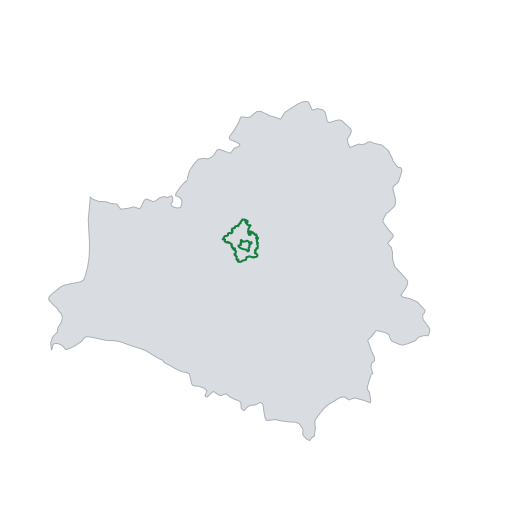 Minsk, Minsk, Belarus (highlighted), rotated 16°
{"feature_id": "67162791B84471344127718", "entity_name": "Minsk", "entity_type": "district", "adm_level": 2, "iso_a3": "BLR", "parent_name": "Belarus", "parent_adm1": "Minsk", "projection": "mercator", "projection_center": [27.512, 53.937], "detail": "fine", "context": "in_parent", "style": "outline", "palette": "green", "viewbox_px": 512, "rotation_deg": 16, "n_neighbors": 0, "source": "geoboundaries", "source_scale": "gbopen_adm2", "svg_char_len": 9443}
<svg xmlns="http://www.w3.org/2000/svg" viewBox="0 0 512 512"><g transform="rotate(16 256 256)"><path d="M406.5,365.5L399.0,365.0L390.0,365.2L385.0,368.7L379.5,367.0L375.6,369.0L366.8,378.6L363.3,383.8L360.0,391.8L358.0,397.7L359.1,401.8L360.7,405.6L361.1,409.7L361.9,412.9L359.7,415.2L358.5,418.6L354.7,418.0L350.1,414.8L349.2,410.1L345.7,406.8L343.3,405.2L339.5,404.9L333.4,406.4L325.4,407.6L319.4,407.9L316.1,409.5L311.3,411.2L309.4,409.2L306.7,403.9L304.5,398.6L303.0,396.3L301.7,395.7L300.0,395.8L298.2,397.5L296.8,399.2L291.7,401.2L289.5,403.1L287.1,408.0L285.4,407.6L283.8,406.5L281.8,401.1L279.2,399.8L275.0,399.7L269.7,398.6L265.5,396.9L263.9,397.3L261.4,399.6L258.7,400.0L252.7,397.9L251.5,398.9L248.1,404.9L246.4,405.1L245.5,404.4L246.0,399.2L242.6,397.3L236.7,397.0L232.6,397.8L230.5,397.6L229.5,396.6L224.5,387.8L221.8,387.2L217.0,387.6L210.0,386.6L201.8,384.6L197.4,383.9L195.0,381.9L190.0,381.2L176.6,377.5L171.1,376.8L163.0,376.8L150.6,375.9L142.7,376.4L139.1,377.6L134.9,378.4L120.2,379.4L115.0,380.4L113.5,382.3L111.8,386.3L105.7,393.3L99.9,398.0L98.8,398.4L95.4,395.9L92.5,395.1L89.2,394.8L86.8,395.6L85.3,396.8L85.5,402.1L85.2,402.6L82.6,396.2L82.8,390.4L84.3,387.1L86.0,384.1L85.3,379.6L87.0,373.7L87.1,369.4L86.3,367.5L84.9,365.3L81.1,363.0L79.4,361.1L74.2,358.6L69.1,355.5L68.3,353.6L68.5,352.2L69.4,350.3L73.3,344.4L77.5,338.7L80.3,336.5L94.6,329.1L96.9,326.6L97.4,322.3L97.2,313.5L96.3,305.5L95.2,299.9L92.4,289.5L84.9,267.8L80.5,245.1L83.4,246.4L90.3,246.9L95.7,245.4L98.6,245.1L101.1,245.6L108.3,244.4L110.1,246.4L113.3,248.2L119.6,245.6L125.2,242.4L131.0,242.8L131.8,241.2L133.3,233.1L135.0,231.3L141.9,232.1L144.5,230.7L147.2,226.7L151.3,224.2L154.7,224.2L158.3,221.4L160.0,223.2L160.9,226.6L159.7,229.3L160.2,230.3L162.7,231.7L166.9,231.6L169.6,230.5L170.3,229.0L170.2,226.2L169.6,223.6L167.8,221.4L164.4,220.2L162.1,220.2L161.7,218.7L162.5,215.7L164.5,210.0L167.1,204.9L168.7,203.0L168.9,201.2L168.6,198.1L168.6,192.5L170.9,184.7L174.0,178.8L178.1,176.9L183.2,175.8L186.4,173.0L188.0,169.8L189.4,164.7L191.0,163.6L203.2,164.3L205.0,159.2L206.1,157.8L208.4,156.2L210.0,154.4L209.4,153.0L206.3,152.1L199.0,151.3L197.5,149.6L198.0,147.6L199.9,142.3L201.8,135.5L202.8,130.2L202.9,127.0L203.9,126.2L209.9,125.2L211.9,124.1L217.0,116.9L220.9,115.6L231.1,117.5L235.7,117.3L241.6,117.8L242.1,117.1L244.2,109.9L254.2,98.3L259.5,94.3L262.9,93.4L264.1,93.6L269.5,99.8L270.7,100.0L274.3,97.4L280.5,97.2L283.3,99.4L287.4,106.8L289.6,107.7L295.6,103.6L298.9,102.2L301.1,102.2L312.4,108.0L313.2,109.9L313.3,112.1L311.6,118.9L313.9,123.0L316.6,125.8L322.4,121.2L324.6,119.9L326.9,119.8L330.1,118.1L332.4,115.5L334.5,114.6L338.7,115.2L346.2,114.6L355.0,118.7L355.7,119.9L360.1,124.7L361.6,127.1L363.1,127.9L365.4,130.2L368.5,131.7L370.7,131.2L371.8,132.0L372.7,133.8L372.8,136.9L372.5,145.8L369.3,150.5L368.9,152.1L369.1,154.0L371.6,157.9L374.8,163.8L375.5,167.2L375.5,169.8L371.1,177.3L369.7,179.1L368.7,182.8L368.2,186.5L368.5,188.1L375.8,194.0L381.2,197.3L382.4,198.8L382.5,199.8L379.6,206.2L379.3,207.9L383.7,210.5L386.1,214.7L388.2,221.4L392.3,227.9L407.6,237.3L408.9,239.0L409.4,241.0L408.9,245.4L406.1,253.7L408.7,255.0L415.5,254.6L423.7,255.7L433.5,261.6L433.5,264.2L432.5,266.6L433.2,269.1L434.3,271.2L442.8,277.8L443.6,279.7L443.7,282.8L443.5,285.2L441.1,285.7L438.5,286.7L434.3,289.5L432.6,293.4L425.6,298.8L421.4,301.3L418.0,301.4L409.9,300.3L407.0,297.6L405.8,295.2L402.7,294.1L398.6,294.0L392.8,294.4L391.7,295.1L390.7,298.2L388.3,303.3L386.6,306.2L393.8,316.3L397.5,320.4L398.6,323.0L398.6,324.8L396.8,326.9L397.1,331.2L400.6,336.8L399.5,337.7L399.1,344.6L399.1,351.9L400.1,353.7L402.0,355.1L403.6,357.8L406.3,363.9L406.5,365.5Z" fill="#d9dde1" stroke="#a8b0b8" stroke-width="1"/><path d="M238.0,264.2L238.1,264.5L238.3,264.6L239.0,264.6L239.7,264.3L240.1,264.4L240.2,264.6L240.2,264.8L239.6,265.0L239.4,265.2L239.4,265.4L239.5,265.6L239.8,265.7L240.0,265.9L240.2,266.0L240.3,266.3L241.3,266.3L241.7,266.2L242.7,265.8L243.3,265.6L243.6,265.4L243.7,265.1L243.8,264.8L244.0,264.4L245.6,263.4L246.1,263.2L246.5,263.1L246.8,262.9L247.1,262.7L247.4,262.2L247.4,261.1L247.2,260.6L247.1,260.3L247.2,259.8L247.5,259.5L247.8,259.3L248.6,259.1L249.3,258.4L249.5,258.2L249.9,258.1L250.8,258.1L251.4,258.2L251.9,258.3L252.5,258.1L252.8,258.0L253.3,258.2L253.6,258.2L253.9,258.2L254.3,258.1L254.4,257.7L254.5,257.5L254.9,257.3L255.8,257.1L256.2,256.9L256.6,256.7L256.9,256.3L257.1,255.9L257.3,255.3L257.3,255.0L257.2,254.8L256.9,254.5L256.0,253.8L255.7,253.7L254.6,253.7L254.2,253.6L254.1,253.4L254.0,253.1L254.1,252.9L254.4,252.3L254.4,252.0L254.2,251.8L253.7,251.4L253.5,251.1L253.5,250.7L254.3,250.1L254.4,249.9L254.5,249.6L254.4,249.4L254.2,249.1L254.2,248.9L254.2,248.5L254.7,248.2L255.3,248.1L255.5,247.8L255.1,246.9L255.0,245.9L254.7,245.1L254.4,244.8L253.8,244.4L253.7,244.0L254.2,243.4L254.2,243.1L254.2,242.8L254.0,242.7L253.3,242.6L253.0,242.3L252.9,242.1L252.9,241.8L252.9,241.5L252.5,241.0L252.4,240.7L252.6,240.5L252.7,240.2L252.6,239.6L252.7,239.4L253.1,238.7L253.1,238.2L252.8,238.1L252.6,238.1L252.1,238.5L251.6,238.9L251.4,239.0L251.2,238.8L251.1,238.5L251.1,238.3L251.2,237.9L251.4,237.9L251.6,237.6L251.7,237.4L251.7,237.1L251.6,236.8L250.8,236.3L250.5,236.0L250.3,235.7L250.3,235.3L250.1,235.3L249.7,235.8L249.5,236.0L249.2,236.0L249.0,235.8L248.8,235.5L248.5,235.2L248.3,235.1L247.6,235.2L247.3,235.2L247.2,235.1L247.1,234.7L247.1,234.3L246.9,234.2L246.5,234.1L246.3,234.1L246.0,234.2L245.8,234.5L245.6,234.7L245.4,234.7L245.2,234.6L245.2,234.3L244.7,234.0L244.6,233.9L244.4,233.8L244.2,233.9L243.7,233.9L243.4,234.0L243.2,234.4L243.3,234.9L243.5,235.1L243.8,235.3L244.1,235.3L244.6,235.2L244.9,235.3L244.8,235.5L244.9,236.2L244.9,236.5L244.8,236.8L244.8,237.1L244.5,237.3L244.1,237.6L243.6,237.6L243.3,237.5L243.0,237.0L242.8,236.6L242.6,236.4L242.5,236.2L242.2,236.1L242.1,235.9L241.9,235.3L241.7,234.8L241.5,234.4L241.5,234.1L241.5,233.7L241.4,233.3L241.4,232.9L241.3,232.4L241.2,231.9L241.3,231.6L241.4,231.4L241.6,231.1L241.6,230.1L241.6,229.9L241.9,229.7L241.9,229.3L241.8,229.0L242.0,228.7L242.3,228.2L242.0,228.0L241.7,228.0L240.8,228.5L240.0,228.5L239.8,228.5L239.6,228.4L239.4,228.2L239.1,228.0L238.6,228.0L238.3,227.8L238.3,227.7L238.2,227.3L237.7,227.2L237.4,227.1L237.4,226.9L237.5,226.7L238.2,226.2L238.5,226.0L238.4,225.7L238.0,225.4L238.0,225.2L238.1,224.9L238.2,224.7L237.8,224.5L237.5,224.6L237.4,225.0L237.3,225.3L237.1,225.6L236.9,225.9L236.6,226.1L236.4,226.1L236.4,225.6L236.6,225.4L236.7,224.9L236.7,224.6L236.7,224.4L236.4,224.2L236.0,224.2L235.2,224.5L234.9,224.4L234.7,224.1L234.2,224.3L233.8,224.6L233.6,224.7L232.8,224.7L232.8,225.1L232.8,225.8L232.6,226.1L232.3,226.2L232.1,226.6L232.1,227.1L232.0,227.4L231.9,227.6L231.7,227.7L231.7,227.9L231.9,228.2L232.1,228.5L232.1,228.8L231.9,229.0L231.2,229.5L231.0,230.0L230.9,230.3L230.5,230.6L230.6,231.2L230.7,231.5L230.9,231.6L230.9,231.9L230.8,232.1L230.6,232.3L229.5,232.4L228.8,232.7L228.2,232.9L227.9,233.2L227.8,233.5L227.8,234.2L228.0,234.5L227.9,235.0L227.5,235.2L226.7,235.4L226.3,235.7L226.2,236.0L226.0,236.4L225.5,236.5L225.5,237.1L225.6,237.4L225.7,237.9L225.7,238.1L226.0,238.0L226.1,237.9L226.4,238.0L226.5,238.2L226.4,238.7L226.4,239.0L226.6,239.2L226.6,239.4L226.7,239.8L226.7,240.0L226.5,240.3L226.1,240.6L226.0,240.9L225.8,241.1L225.1,241.2L224.8,241.1L224.5,241.1L224.1,241.2L223.7,241.5L223.4,241.6L223.1,241.8L223.0,242.2L222.9,242.6L223.2,243.1L223.3,243.4L223.3,243.7L223.1,244.0L222.9,244.2L222.7,244.6L222.2,244.9L221.7,245.0L221.3,245.1L220.9,245.2L220.5,245.6L220.4,246.0L220.2,246.7L219.9,247.0L220.0,248.1L219.6,248.7L219.5,248.9L219.5,249.1L219.8,249.1L220.5,248.7L221.1,248.6L221.3,248.6L221.6,248.7L221.7,248.8L221.8,249.0L221.7,249.4L221.7,249.6L221.7,250.1L221.9,250.5L222.2,250.7L222.9,250.9L223.2,250.9L223.6,251.1L223.9,251.1L224.1,250.9L224.7,250.3L224.9,250.2L225.2,250.3L225.5,250.9L225.8,251.0L226.1,250.8L226.4,250.5L226.7,250.4L227.0,250.4L227.2,250.6L227.8,250.9L228.7,251.1L229.2,251.4L229.4,251.5L229.5,251.5L229.5,251.8L229.5,252.1L229.3,252.4L229.3,252.5L229.5,252.8L229.9,252.9L230.1,253.0L230.1,253.7L230.4,254.1L230.5,254.2L230.8,254.3L231.6,254.2L231.7,254.3L231.7,254.9L231.7,255.2L231.7,255.4L231.8,255.4L232.1,255.4L232.5,255.4L232.9,255.0L233.0,254.7L233.4,254.5L233.7,254.6L233.9,254.8L234.0,255.1L233.8,255.4L233.4,255.5L233.2,255.6L233.2,255.8L233.3,256.1L233.4,256.3L233.8,256.4L234.1,256.4L235.1,256.8L235.4,257.0L235.6,257.2L235.6,257.5L235.6,257.8L235.4,258.1L235.4,258.4L235.7,259.1L235.7,259.3L235.6,259.5L235.0,259.8L234.8,260.0L235.1,260.8L235.4,261.0L235.7,261.1L236.5,261.1L236.6,261.4L236.6,261.6L236.9,261.9L237.5,261.9L237.7,262.0L237.7,262.3L237.7,262.6L237.8,262.9L238.0,264.2ZM247.7,244.0L248.0,244.4L248.2,244.9L247.2,245.9L247.4,246.4L246.8,247.0L246.6,247.2L246.6,247.7L247.0,248.3L247.2,248.7L247.2,249.3L246.9,249.7L246.7,250.1L246.8,250.7L247.5,251.8L247.7,252.4L247.7,252.8L247.5,253.4L247.0,253.8L246.2,253.7L246.0,253.3L245.6,252.8L245.2,252.6L244.0,252.7L243.3,252.9L241.9,252.9L241.5,252.9L239.7,252.8L238.7,252.5L237.6,252.2L236.9,251.8L236.4,251.3L236.3,250.8L236.8,250.5L238.4,249.6L238.4,249.0L237.9,248.5L237.6,248.1L237.5,247.6L237.7,247.0L238.4,246.9L238.6,246.3L237.5,245.7L237.1,245.1L237.4,244.7L238.3,245.0L239.1,245.4L239.8,245.6L240.6,245.5L241.2,245.2L241.9,244.8L242.5,244.3L243.1,243.8L243.7,243.8L244.1,243.9L244.9,244.1L245.5,245.2L246.4,244.9L247.3,244.2L247.7,244.0Z" fill="none" stroke="#15803d" stroke-width="2"/></g></svg>